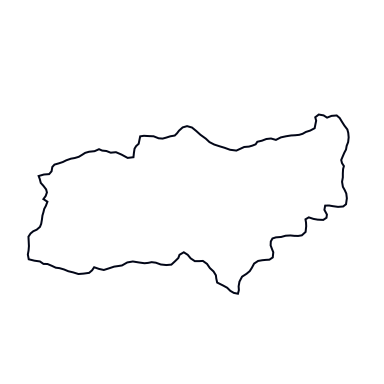 Machacalis, Minas Gerais, Brazil, rotated 280°
{"feature_id": "56859067B87208191918029", "entity_name": "Machacalis", "entity_type": "district", "adm_level": 2, "iso_a3": "BRA", "parent_name": "Brazil", "parent_adm1": "Minas Gerais", "projection": "natural_earth1", "projection_center": [-40.718, -17.085], "detail": "fine", "context": "isolated", "style": "outline", "palette": "ink", "viewbox_px": 384, "rotation_deg": 280, "n_neighbors": 0, "source": "geoboundaries", "source_scale": "gbopen_adm2", "svg_char_len": 2721}
<svg xmlns="http://www.w3.org/2000/svg" viewBox="0 0 384 384"><g transform="rotate(280 192 192)"><path d="M99.8,254.9L103.5,255.2L107.2,254.3L112.0,254.3L117.3,256.0L120.9,259.9L124.1,262.6L127.7,264.1L132.3,265.6L135.6,269.1L137.0,273.0L138.0,276.6L138.8,280.0L141.6,282.9L146.8,282.5L149.5,280.8L153.1,278.7L157.0,278.2L160.2,279.3L161.9,282.5L163.2,287.6L165.2,291.8L166.3,296.5L166.6,300.6L167.2,304.3L168.4,307.7L172.4,310.8L178.2,310.4L181.7,309.6L184.8,308.5L187.3,311.4L186.6,316.3L186.6,320.6L187.3,326.1L190.0,328.9L193.2,328.8L197.4,325.5L201.7,325.5L202.5,329.3L202.5,332.9L202.7,338.4L204.0,343.4L206.7,345.8L212.7,345.6L217.3,344.2L220.5,342.0L223.3,339.7L228.1,338.0L232.6,338.0L236.6,337.3L240.8,336.8L243.9,337.1L246.5,334.7L249.4,333.4L253.4,334.3L257.2,335.2L260.6,336.3L264.3,336.3L268.2,337.1L273.0,336.8L277.4,335.6L280.6,334.1L283.9,330.5L287.5,327.2L290.5,324.6L292.5,321.2L291.2,316.2L288.7,312.1L290.3,308.3L290.3,303.4L287.0,300.4L283.8,301.9L280.6,301.8L276.1,301.7L273.0,297.7L270.9,293.7L268.5,290.8L266.9,287.6L265.8,283.7L264.9,279.8L263.2,274.9L261.2,270.0L257.9,265.6L258.4,260.5L257.1,256.0L254.7,252.0L252.8,247.6L250.0,246.4L248.1,243.3L246.6,240.2L245.4,235.6L242.7,231.7L240.5,228.5L240.2,222.1L241.2,216.4L241.8,211.3L242.6,205.6L244.2,200.5L246.9,196.4L249.8,190.4L252.8,185.6L255.5,180.8L256.0,175.7L254.0,171.6L250.2,168.6L247.1,167.0L244.6,165.2L243.1,161.0L241.1,157.2L239.5,153.8L239.1,149.8L240.2,144.5L239.5,139.3L239.0,134.9L237.8,131.3L233.9,131.2L230.2,131.1L227.5,129.0L224.7,127.9L220.5,128.0L216.1,128.3L214.4,122.7L216.6,116.1L218.0,110.2L216.6,105.1L217.5,100.6L217.2,96.3L218.0,93.0L215.3,89.0L213.8,83.7L212.0,80.0L209.6,77.4L207.0,74.4L205.1,70.6L203.8,67.0L201.4,62.7L199.1,59.6L197.0,55.7L195.1,51.8L192.4,50.1L188.0,50.1L184.8,48.2L183.5,43.1L181.1,38.2L178.4,39.8L174.7,41.5L172.1,44.8L169.2,47.9L166.4,49.2L162.7,48.6L159.2,46.9L157.3,51.3L153.0,50.5L149.7,49.4L146.3,49.2L142.9,48.8L138.6,49.0L134.4,49.0L131.2,48.3L127.9,45.6L125.8,42.5L123.1,40.2L119.6,38.7L115.7,39.6L110.4,40.8L106.1,41.2L101.9,41.2L97.4,42.9L97.0,48.8L97.2,54.3L95.4,58.2L96.0,62.2L94.9,67.0L93.8,71.0L94.0,74.8L93.5,79.4L92.5,83.9L92.2,89.0L91.5,94.4L92.8,99.4L94.5,104.7L97.5,107.2L100.9,108.7L100.1,113.8L99.9,118.7L102.3,123.3L105.0,128.3L106.2,132.0L107.5,135.8L111.4,140.5L113.3,145.8L113.4,152.3L113.6,157.6L114.6,161.2L115.9,164.4L116.1,168.7L115.2,173.8L115.6,179.4L116.9,184.3L120.7,187.2L124.6,190.0L128.0,190.6L131.2,194.4L129.4,198.7L126.4,202.2L124.4,206.8L125.2,211.2L126.0,214.7L123.8,219.3L120.2,222.8L117.5,227.0L114.1,230.0L111.1,230.9L107.2,232.5L105.3,238.9L103.8,243.3L101.3,246.9L99.9,250.7L99.8,254.9Z" fill="none" stroke="#020617" stroke-width="2"/></g></svg>